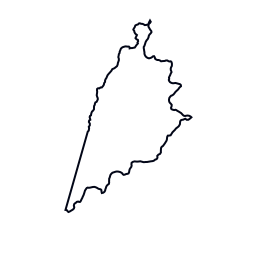 the district of Senador Modestino Gonçalves, Minas Gerais, Brazil, rotated 212°
{"feature_id": "56859067B21823759128365", "entity_name": "Senador Modestino Gonçalves", "entity_type": "district", "adm_level": 2, "iso_a3": "BRA", "parent_name": "Brazil", "parent_adm1": "Minas Gerais", "projection": "natural_earth1", "projection_center": [-43.245, -17.835], "detail": "fine", "context": "isolated", "style": "outline", "palette": "ink", "viewbox_px": 256, "rotation_deg": 212, "n_neighbors": 0, "source": "geoboundaries", "source_scale": "gbopen_adm2", "svg_char_len": 4486}
<svg xmlns="http://www.w3.org/2000/svg" viewBox="0 0 256 256"><g transform="rotate(212 128 128)"><path d="M137.6,25.4L136.4,25.9L135.1,25.4L134.0,25.2L133.3,26.1L132.8,27.1L132.3,28.1L131.6,29.4L131.2,31.0L131.6,32.4L132.7,33.3L133.3,34.9L133.1,35.9L132.6,36.9L132.3,38.2L131.3,39.2L130.2,39.4L129.4,40.1L129.4,41.4L129.6,42.6L129.7,44.4L130.0,46.0L130.1,47.4L130.4,48.7L130.8,50.3L131.3,52.1L131.3,53.8L131.2,55.2L130.6,56.1L129.6,56.5L128.6,57.3L127.8,58.1L126.6,59.3L125.4,60.2L124.2,60.6L122.7,60.8L120.9,60.8L119.8,61.1L118.7,61.5L117.8,61.3L117.1,60.5L116.5,59.7L115.7,59.0L114.7,60.0L114.2,61.3L114.2,62.7L114.7,64.0L114.9,65.1L115.3,66.5L115.4,67.9L115.1,69.1L114.6,70.5L115.1,71.8L115.7,72.6L116.3,73.7L117.1,75.0L117.3,76.4L117.7,77.7L118.0,78.8L117.9,80.3L117.5,81.8L116.5,83.0L115.5,84.2L114.7,85.0L113.6,85.7L112.5,86.1L111.3,86.5L109.9,86.6L108.8,86.5L107.9,86.0L106.8,86.0L105.9,86.9L105.1,88.1L104.2,88.8L103.5,89.7L103.6,90.9L104.2,92.4L104.7,93.8L104.7,95.4L104.6,96.9L105.1,98.2L105.9,99.1L106.5,100.5L105.9,101.9L104.7,103.2L103.4,103.8L102.3,104.4L101.1,105.3L99.9,106.3L98.3,106.8L96.9,107.2L95.8,107.9L94.8,108.7L93.8,109.3L92.8,110.2L91.8,111.1L90.8,112.0L89.9,112.7L89.1,113.5L88.6,114.3L88.2,115.6L87.5,116.4L87.1,117.5L87.5,118.8L88.4,119.8L88.1,121.5L87.1,123.1L87.2,124.8L87.9,125.8L88.5,126.9L89.1,128.0L89.5,129.1L89.3,130.3L88.8,131.4L88.7,133.0L88.6,134.5L88.6,136.0L88.6,137.6L88.9,138.8L89.6,140.2L90.1,141.4L90.2,142.6L89.2,143.3L88.0,144.4L88.0,146.1L88.0,148.0L87.6,149.7L87.2,151.4L87.1,152.9L86.4,154.8L85.9,156.3L85.9,157.5L86.0,158.8L86.6,159.9L87.3,161.4L87.2,162.7L86.4,163.7L85.6,164.3L85.0,165.3L84.3,166.2L82.5,166.1L81.2,167.0L80.6,168.4L80.2,169.5L79.9,170.7L81.0,170.9L82.5,170.8L84.0,170.2L85.1,169.3L86.0,168.4L87.1,168.0L88.3,168.1L89.7,168.5L90.8,168.8L92.3,168.8L93.9,168.8L95.2,168.7L96.4,168.8L97.4,168.6L98.3,167.7L99.8,167.2L101.1,167.0L102.2,167.8L102.5,169.4L103.2,170.8L104.5,171.3L105.5,171.5L106.4,171.8L107.3,172.5L108.2,173.6L108.9,175.4L108.8,177.0L108.5,178.3L107.8,179.1L107.2,180.5L107.0,182.0L106.9,183.6L106.5,185.2L105.9,187.4L105.8,189.6L105.2,191.5L105.9,192.4L106.8,192.7L107.8,192.5L109.1,192.1L110.5,191.7L111.5,191.4L112.5,190.6L113.5,189.8L114.5,189.4L115.5,189.2L116.8,189.2L118.2,189.8L118.9,190.4L119.1,191.5L120.0,192.5L120.2,194.1L120.3,195.4L120.6,196.7L120.7,198.5L121.4,199.1L122.4,199.8L123.2,200.9L123.6,202.2L123.7,203.8L124.2,204.8L124.9,205.9L125.9,206.9L127.1,207.2L128.2,206.3L129.3,206.1L130.4,206.1L131.6,205.4L132.3,204.4L133.1,203.8L134.2,203.0L135.3,202.1L136.6,202.2L138.1,201.9L139.2,201.2L140.4,201.0L141.7,201.1L142.7,202.1L144.0,202.7L144.8,202.0L145.1,200.9L145.8,199.6L147.1,198.2L148.7,197.8L150.3,197.9L151.7,198.4L152.9,199.2L153.7,200.1L154.2,201.0L155.0,201.8L155.9,202.9L157.0,204.1L157.6,205.1L157.6,206.4L157.9,207.6L158.2,208.8L158.6,210.2L158.7,212.2L158.4,213.7L158.6,215.6L159.2,217.2L159.3,218.6L158.9,220.4L158.9,221.8L159.7,222.6L160.7,222.9L161.8,223.4L163.1,224.1L164.4,224.8L165.0,225.9L165.5,227.3L166.3,226.0L167.3,224.9L168.4,224.1L169.6,224.2L170.9,224.0L172.1,223.3L173.0,223.2L174.0,222.7L174.5,221.0L175.5,219.9L176.1,218.8L175.7,216.9L175.8,215.3L175.6,214.2L174.1,213.6L173.2,212.6L172.1,212.0L170.9,211.7L169.7,211.6L169.5,210.1L169.3,208.2L167.7,207.7L166.4,208.0L165.4,207.0L165.2,205.4L164.4,204.9L164.6,203.6L164.8,202.5L164.8,201.2L164.9,199.8L165.8,199.0L166.7,198.1L168.0,197.3L168.8,196.4L169.5,197.3L170.4,197.5L171.5,196.8L172.6,196.3L173.6,195.7L174.5,194.7L175.5,193.5L176.1,191.6L175.7,189.7L175.5,188.3L174.9,187.2L174.9,185.8L174.3,184.5L173.8,183.0L172.6,182.0L171.7,180.7L171.3,179.1L171.0,177.7L170.4,176.4L170.1,174.6L170.7,172.9L171.2,171.5L171.8,170.6L172.5,169.6L172.4,167.8L172.7,165.8L173.1,163.6L173.3,161.8L173.0,160.1L172.8,158.6L172.9,157.4L172.6,156.1L171.9,155.0L172.0,153.4L171.4,151.9L171.4,150.4L171.7,148.5L172.8,147.8L173.3,146.4L174.4,145.9L174.9,144.8L174.4,143.7L173.4,142.5L172.7,141.1L172.3,140.1L171.8,139.1L170.5,138.0L169.5,137.3L168.8,136.3L168.6,135.0L168.5,133.5L169.2,132.4L169.0,131.2L168.5,130.1L168.4,128.6L167.5,127.0L166.8,125.9L166.8,124.3L167.2,123.0L167.1,121.9L166.7,120.5L166.1,119.1L166.6,118.1L166.3,116.9L165.3,116.0L164.3,115.0L164.9,113.8L164.4,112.4L162.7,111.5L161.8,110.0L161.9,108.2L160.9,107.3L160.4,106.1L159.9,105.0L160.2,103.6L144.4,49.0L137.6,25.4ZM166.3,230.8L166.1,228.3L165.5,227.3L165.0,228.7L165.0,230.1L166.3,230.8Z" fill="none" stroke="#020617" stroke-width="2"/></g></svg>